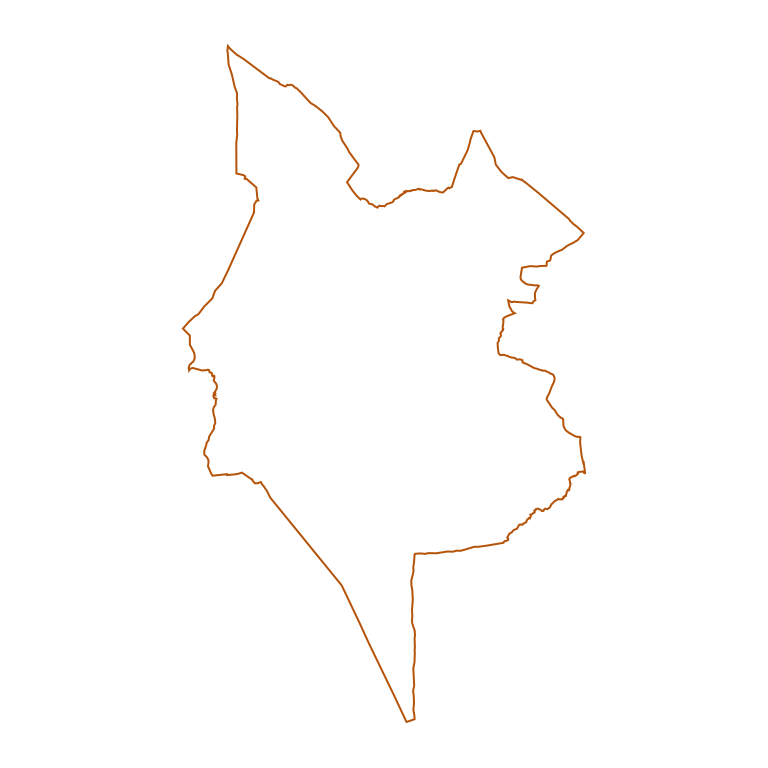 Monduli, Arusha, United Republic of Tanzania (orthographic projection)
{"feature_id": "72390352B11439822404473", "entity_name": "Monduli", "entity_type": "district", "adm_level": 2, "iso_a3": "TZA", "parent_name": "United Republic of Tanzania", "parent_adm1": "Arusha", "projection": "orthographic", "projection_center": [36.288, -3.452], "detail": "fine", "context": "isolated", "style": "outline", "palette": "amber", "viewbox_px": 768, "rotation_deg": 0, "n_neighbors": 0, "source": "geoboundaries", "source_scale": "gbopen_adm2", "svg_char_len": 6086}
<svg xmlns="http://www.w3.org/2000/svg" viewBox="0 0 768 768"><path d="M583.7,233.0L577.1,226.8L573.5,224.1L569.8,220.4L569.2,219.2L539.0,193.4L526.9,183.6L521.7,179.7L521.6,180.0L512.8,177.1L508.3,178.1L501.4,171.9L495.8,164.6L494.3,157.1L480.8,132.2L480.5,130.9L477.2,131.5L473.5,131.0L470.3,140.0L470.0,142.1L467.6,150.2L460.9,164.0L459.4,164.4L456.1,173.8L451.8,187.1L449.9,187.7L449.4,188.3L448.3,187.7L447.2,188.5L443.0,192.5L439.9,192.1L436.8,190.7L435.4,190.3L434.3,190.8L433.1,191.0L432.4,190.5L429.5,191.1L426.2,190.7L421.0,189.3L419.7,189.5L419.3,188.9L418.3,188.9L415.1,190.0L412.6,190.1L411.3,190.6L410.9,191.1L409.7,190.8L408.4,191.3L407.3,191.1L406.8,191.4L406.0,190.9L405.5,191.1L405.8,192.0L405.6,192.2L404.3,192.0L404.6,192.9L403.5,193.2L403.2,193.8L402.4,193.8L401.6,195.0L401.2,194.7L400.0,195.4L399.7,195.9L399.9,196.2L399.2,196.9L398.8,196.8L397.9,198.0L395.6,198.7L393.8,200.0L393.5,201.0L392.3,202.3L387.0,204.0L384.4,206.4L383.4,206.0L380.8,206.1L379.5,205.7L378.3,206.4L377.5,207.6L374.8,206.4L372.3,204.2L371.5,204.3L368.8,203.4L367.9,201.5L366.5,200.0L364.9,199.1L363.8,198.7L361.2,198.7L360.5,199.5L356.5,195.6L352.8,191.0L347.0,182.2L357.9,167.6L358.5,165.9L358.4,164.4L355.1,160.2L349.1,152.0L347.3,148.3L342.3,140.7L340.7,136.5L340.2,132.7L334.0,126.1L328.1,117.1L322.0,111.1L315.6,106.1L311.1,103.3L309.5,101.9L300.8,92.3L296.8,88.4L295.0,87.6L292.9,85.5L291.5,84.9L290.1,84.8L289.3,85.2L287.4,84.8L285.8,86.4L284.7,86.3L279.8,84.0L278.4,82.0L277.5,81.5L272.8,79.6L270.7,78.3L270.1,78.5L269.2,78.2L243.6,59.0L236.8,54.7L230.4,49.1L227.9,46.1L227.3,51.0L227.8,53.0L228.6,64.5L231.8,74.3L234.7,86.9L236.8,92.5L237.1,94.3L236.9,98.5L237.5,104.3L237.1,107.2L237.3,115.8L237.0,130.1L237.2,135.1L236.3,142.6L236.4,173.5L243.4,175.1L245.3,176.4L244.7,178.7L246.6,179.0L256.3,187.4L257.4,198.3L258.3,200.5L256.5,200.7L254.2,204.6L254.0,212.5L228.5,269.4L221.8,283.3L215.1,290.7L212.3,298.4L204.4,306.3L198.2,314.4L194.9,316.2L188.9,321.8L182.9,328.6L189.8,335.5L189.9,344.8L194.1,352.7L194.6,355.5L194.7,357.7L194.4,359.3L193.4,361.3L189.8,364.7L189.3,365.6L188.7,367.9L189.1,370.3L189.8,369.0L191.9,368.1L192.9,368.0L202.6,370.6L203.7,370.2L205.9,370.3L207.8,369.7L208.9,370.0L209.3,370.4L209.5,372.2L210.2,372.6L211.4,372.7L211.8,373.3L212.3,374.2L212.0,375.3L212.6,376.3L214.2,375.9L214.5,377.1L213.7,380.6L216.2,383.7L217.0,386.3L216.6,389.0L214.7,392.1L215.5,393.5L215.3,393.7L214.0,393.5L214.2,394.2L213.8,394.6L214.9,395.5L213.7,395.7L213.4,396.0L214.1,398.2L215.6,398.3L216.5,398.8L215.9,400.3L215.6,404.8L213.7,407.4L213.0,410.2L213.8,415.0L214.7,417.9L215.3,422.8L214.0,426.1L214.1,428.6L209.2,436.5L208.6,440.1L206.6,442.7L206.6,443.5L205.1,448.7L204.2,450.7L204.4,454.7L206.7,457.0L208.0,459.0L208.6,461.5L208.0,466.3L211.5,474.2L212.5,475.7L227.0,474.2L227.1,475.0L232.7,474.6L237.9,473.9L241.9,472.6L252.0,479.6L252.3,479.5L252.6,480.6L254.9,483.3L258.1,483.2L260.8,482.0L262.5,485.0L263.3,485.6L266.9,491.0L270.3,497.7L341.7,585.4L360.0,623.9L369.1,643.8L394.2,695.7L406.4,721.8L406.8,721.9L414.6,719.2L414.3,714.8L413.4,710.2L414.0,702.7L413.8,697.0L413.1,690.8L414.2,685.6L413.3,668.3L414.5,662.2L414.8,653.4L414.6,649.7L414.9,648.0L414.6,638.3L415.0,635.5L414.7,630.7L412.2,623.4L412.0,620.7L412.3,616.0L412.0,609.8L412.8,599.8L412.3,590.0L411.4,585.4L411.3,580.4L413.2,572.9L413.5,570.8L413.3,567.3L414.0,562.5L414.6,554.3L415.2,553.8L420.7,553.4L425.2,553.9L428.1,553.1L436.0,553.3L447.5,551.5L452.0,551.7L454.0,551.5L456.2,550.7L460.7,550.8L474.3,546.8L478.5,546.8L487.6,545.5L503.4,542.8L503.9,541.8L504.7,541.2L505.7,541.1L508.1,540.0L508.3,538.8L507.2,537.6L509.4,533.7L512.0,532.2L512.6,531.0L514.1,529.9L517.0,528.7L519.1,524.9L519.8,524.6L520.9,524.7L521.4,524.3L522.5,524.7L523.1,524.3L523.8,523.3L524.8,523.0L526.4,522.0L526.6,520.5L527.5,519.5L528.2,519.1L528.7,518.1L529.9,518.4L530.8,516.3L530.3,514.7L532.2,514.2L532.9,513.3L534.5,512.5L534.8,512.0L534.3,510.5L535.7,509.9L536.1,508.9L537.8,508.7L540.4,509.7L542.0,511.0L542.9,511.1L543.6,510.7L543.8,509.8L545.2,508.7L547.5,509.1L549.9,507.3L551.5,504.1L552.4,503.5L553.9,501.8L555.6,500.5L557.2,499.9L558.1,499.0L559.8,499.4L561.4,499.3L561.7,499.0L562.2,499.3L562.4,498.8L563.2,498.5L563.4,497.1L564.0,497.2L564.0,496.6L564.8,496.0L565.5,496.2L566.0,495.9L566.0,494.6L566.5,493.8L566.6,492.1L567.5,491.1L567.7,490.0L568.9,490.3L569.3,489.8L569.2,488.6L570.4,485.2L570.5,483.8L570.0,483.3L570.2,482.5L569.3,479.2L569.7,478.3L571.9,476.7L574.2,476.3L574.1,475.9L575.4,475.8L576.5,475.0L577.2,474.6L577.4,473.7L578.0,473.5L577.8,472.4L578.8,472.0L582.8,471.5L584.3,471.7L583.9,472.7L584.6,473.3L585.1,473.0L583.7,462.6L583.3,462.9L581.6,455.8L580.1,442.4L580.4,437.2L579.5,436.8L577.5,436.9L575.2,436.3L569.2,432.9L565.8,430.4L564.6,428.4L563.5,425.8L563.1,419.0L561.2,417.7L560.4,417.7L559.7,416.6L557.9,415.3L554.6,410.0L552.1,407.7L546.7,399.6L546.8,397.9L549.4,392.9L551.8,386.4L553.8,382.4L554.4,380.3L554.6,379.1L554.3,376.9L553.1,374.6L550.2,373.5L549.6,372.9L545.1,370.8L544.1,370.5L542.9,370.8L542.1,370.3L539.9,369.9L537.9,369.0L534.1,368.0L527.6,364.5L522.6,362.4L522.5,360.3L520.4,359.4L519.3,359.3L517.1,359.7L515.9,358.7L514.3,357.8L511.8,357.6L509.5,356.8L508.9,356.8L507.6,355.8L506.2,355.7L504.1,354.8L500.4,355.1L498.5,353.1L497.8,347.2L497.6,343.0L498.9,340.7L498.8,338.2L500.7,336.4L501.0,335.3L500.4,333.4L500.9,332.5L502.5,330.7L502.5,330.2L503.0,330.1L503.3,328.8L502.8,328.3L502.7,327.1L503.4,322.1L503.4,319.6L503.1,319.5L503.4,318.6L504.1,317.8L506.6,316.3L514.8,313.2L512.2,311.5L509.3,306.3L508.2,300.4L511.3,302.0L513.2,302.0L514.5,301.5L515.6,301.9L528.2,302.7L529.9,303.1L532.5,303.2L533.3,301.6L535.4,300.2L534.9,296.5L535.0,293.0L536.4,289.7L538.8,285.9L537.7,285.3L535.0,285.4L527.8,284.5L525.6,283.6L522.5,281.3L520.8,279.3L520.5,277.1L522.0,267.7L530.4,266.1L536.2,266.5L538.7,266.4L539.9,266.0L546.1,265.9L546.7,265.4L546.6,263.0L547.1,261.4L548.9,261.1L550.0,260.4L550.5,259.5L550.7,257.4L551.1,255.9L552.4,254.4L556.7,252.0L562.3,249.6L567.1,245.8L573.0,242.9L577.6,240.2L583.7,233.0Z" fill="none" stroke="#b45309" stroke-width="2"/></svg>